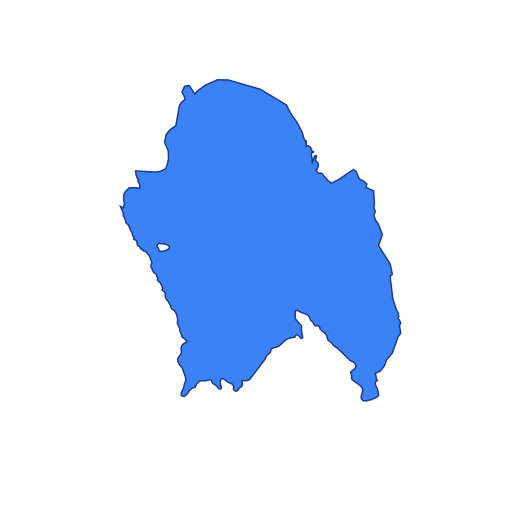 the Region of Almaty, rotated 60°
{"feature_id": "KAZ-3207", "entity_name": "Almaty", "entity_type": "Region", "adm_level": 1, "iso_a3": "KAZ", "parent_name": "Kazakhstan", "parent_adm1": "", "projection": "natural_earth1", "projection_center": [78.658, 44.747], "detail": "fine", "context": "isolated", "style": "filled", "palette": "blue", "viewbox_px": 512, "rotation_deg": 60, "n_neighbors": 0, "source": "natural_earth", "source_scale": "10m", "svg_char_len": 5486}
<svg xmlns="http://www.w3.org/2000/svg" viewBox="0 0 512 512"><g transform="rotate(60 256 256)"><path d="M424.4,213.1L424.2,214.2L425.7,216.3L427.2,216.9L433.4,217.7L437.7,219.3L438.3,220.4L438.6,222.3L438.5,224.4L437.8,229.1L436.6,232.9L434.8,235.7L432.1,236.1L430.1,235.0L426.5,231.4L424.5,230.2L422.5,230.0L420.3,230.5L412.4,234.1L410.3,234.6L408.7,233.9L407.9,233.1L407.2,232.7L404.4,232.3L403.8,231.9L403.6,231.2L403.5,230.0L403.3,228.2L402.6,226.0L401.5,224.4L400.1,224.3L398.4,223.9L396.7,224.6L393.4,226.8L376.9,231.4L373.6,233.1L371.9,233.7L370.0,233.7L365.0,235.5L363.9,235.6L360.5,234.6L358.5,234.6L351.8,236.9L349.0,236.6L348.0,236.7L347.2,237.3L346.5,239.2L345.8,239.8L344.7,239.9L341.7,239.8L338.7,240.8L335.7,240.4L333.9,240.5L332.2,241.2L330.6,242.5L326.5,245.8L324.6,246.7L323.8,247.2L323.2,248.8L324.2,250.1L329.4,253.0L331.3,253.2L338.7,251.7L339.8,251.8L340.6,252.2L342.7,253.7L349.5,256.1L350.1,256.5L350.4,257.2L350.1,257.9L349.5,258.3L346.8,258.8L345.3,259.4L344.5,260.4L344.5,261.0L344.6,261.5L345.4,262.4L345.7,263.0L345.5,263.7L344.9,264.8L343.8,268.8L343.5,270.9L343.6,272.8L345.4,280.5L345.4,282.6L344.3,286.4L344.0,288.4L344.3,289.3L344.9,290.1L346.2,291.3L346.7,292.2L347.0,293.1L347.1,294.1L347.1,295.1L347.5,296.2L348.3,297.5L349.8,299.5L354.8,311.4L359.8,323.3L359.7,325.0L359.1,326.7L357.0,330.3L357.6,331.1L359.2,331.5L360.9,332.3L361.4,333.0L361.7,333.9L361.9,334.9L361.9,336.0L362.1,337.0L363.1,338.6L363.3,339.6L363.1,340.8L362.5,341.5L361.7,342.0L360.8,342.2L359.9,342.0L357.8,340.5L356.0,340.4L354.2,341.2L351.0,343.5L347.3,344.9L345.6,346.0L345.1,347.5L345.8,348.8L347.3,349.9L350.1,351.2L352.1,351.4L352.9,351.9L353.4,352.8L353.2,353.9L352.3,354.5L350.2,354.7L347.0,355.8L346.2,356.4L344.2,357.2L343.5,357.3L342.0,356.9L341.3,356.8L340.6,357.2L339.8,358.6L338.9,361.7L338.2,363.3L336.7,365.5L336.3,366.3L336.2,367.4L336.4,368.3L336.7,369.1L337.1,371.2L337.6,372.0L338.7,373.5L339.2,374.4L339.2,375.1L339.0,375.7L338.5,376.8L338.6,377.4L339.5,381.6L339.8,382.4L340.3,383.2L340.9,384.0L341.7,387.8L341.3,388.9L340.9,389.5L339.2,390.4L337.4,389.3L336.1,387.7L335.0,385.9L333.6,384.2L330.9,381.9L329.3,379.7L328.7,379.0L326.9,377.9L317.6,376.1L315.8,376.0L312.4,376.6L308.4,376.4L306.2,375.5L305.1,374.1L303.2,369.8L301.8,368.5L298.5,367.1L297.0,365.7L296.4,364.7L296.0,363.7L295.7,362.6L295.7,361.4L295.9,359.4L295.6,358.8L294.6,358.6L292.9,358.9L289.6,360.4L288.1,360.3L286.4,359.7L283.7,359.6L280.3,358.3L275.2,357.8L274.5,357.5L273.1,356.4L271.4,355.4L267.2,354.1L264.5,353.8L262.6,353.9L261.7,354.2L260.2,355.2L259.5,355.4L258.6,355.4L256.9,354.8L256.1,354.6L254.2,354.9L252.2,354.8L247.7,355.2L245.9,354.9L243.5,353.6L242.6,353.3L241.6,353.2L240.7,353.3L240.3,353.4L239.6,353.9L238.5,354.3L238.0,354.0L237.7,353.7L237.6,353.3L237.3,353.0L234.5,352.4L231.7,352.3L230.8,352.4L228.6,353.4L228.0,353.4L227.1,353.0L226.4,352.4L225.6,352.0L223.9,352.0L222.8,351.7L222.1,351.6L221.5,351.7L219.7,352.6L218.3,352.9L214.2,352.3L213.5,352.3L212.8,352.3L212.1,352.1L211.5,351.6L210.3,350.1L209.8,349.7L208.4,349.2L203.6,348.5L202.8,348.1L202.0,348.2L200.3,348.9L198.5,348.9L197.7,349.0L196.8,349.5L195.9,350.5L195.6,350.7L195.4,350.7L194.6,350.6L194.3,350.6L194.2,350.8L194.2,351.1L194.0,351.3L192.4,352.1L191.6,352.2L189.7,352.2L188.1,352.9L187.2,353.1L186.1,352.9L184.0,352.0L182.9,351.9L182.1,352.2L180.8,353.3L180.1,353.6L179.7,353.4L179.2,352.5L178.8,352.3L178.3,352.3L177.4,352.6L177.0,352.7L173.4,351.7L169.6,351.7L166.5,351.0L165.4,351.0L162.7,351.9L161.8,351.8L158.5,350.9L156.8,350.7L154.7,350.9L153.3,349.6L145.3,348.6L148.2,346.6L144.7,343.8L139.9,341.9L136.3,339.2L135.1,337.2L134.6,335.9L134.2,334.2L133.6,331.8L136.3,326.6L139.2,322.8L135.7,320.9L131.9,320.9L130.6,319.3L129.0,319.9L125.6,319.2L122.1,317.8L133.0,301.2L134.9,296.5L135.3,290.6L132.1,286.8L128.0,283.1L121.0,279.4L111.9,278.3L105.8,273.0L103.7,267.6L103.1,260.3L87.4,247.0L85.6,243.6L85.0,239.0L81.0,238.2L76.9,238.1L73.4,233.1L74.9,228.6L85.2,228.0L84.2,225.5L83.6,222.7L82.8,214.1L84.1,201.4L89.6,192.1L113.8,168.9L140.3,154.2L149.9,154.7L160.6,153.7L171.5,154.1L178.3,155.8L180.5,155.5L180.9,156.0L181.3,156.1L181.6,155.1L185.0,156.9L185.8,157.6L186.2,157.7L186.4,157.1L186.4,156.3L186.4,156.0L186.6,155.8L186.9,155.5L187.4,155.2L189.4,154.4L189.9,154.5L192.0,154.9L192.9,154.9L193.7,154.7L194.5,154.0L194.8,154.4L194.8,155.0L194.7,155.4L194.2,155.8L194.8,156.7L195.9,157.4L199.7,158.8L202.1,160.1L203.2,160.5L202.2,159.1L200.5,157.4L199.0,155.6L198.8,154.0L199.4,153.6L200.2,154.1L202.3,156.3L202.6,156.5L203.1,156.5L203.6,156.5L204.7,156.2L206.7,155.9L208.5,156.5L210.0,157.8L211.4,159.7L211.5,160.1L211.3,160.5L211.4,160.8L212.0,161.1L212.4,161.2L215.2,160.5L215.8,159.9L216.2,159.1L216.7,158.3L217.6,157.8L218.5,157.4L221.9,157.1L224.9,156.2L226.1,156.3L226.9,155.8L230.6,154.4L231.1,147.1L229.9,128.4L233.0,127.0L241.0,128.1L245.0,125.4L249.0,124.0L251.6,126.4L258.4,121.6L270.1,127.4L273.3,129.9L277.2,130.5L280.0,133.9L285.9,134.5L289.9,134.1L300.7,135.9L308.2,144.7L329.9,143.8L340.1,147.1L340.3,149.5L343.5,151.3L361.2,158.8L372.5,161.3L377.1,161.5L379.9,162.8L381.0,164.1L385.7,163.9L387.2,164.9L387.4,166.3L395.2,169.3L397.1,173.5L408.2,186.4L411.2,194.8L415.4,199.9L417.8,206.0L417.3,211.3L423.5,213.4L424.4,213.1L424.4,213.1ZM203.1,337.4L204.8,335.7L206.0,332.3L206.2,327.5L204.6,326.3L202.2,327.0L200.7,328.3L199.2,330.0L197.9,332.2L196.7,333.2L196.7,335.7L198.2,336.9L200.8,336.7L203.1,337.4Z" fill="#3b82f6" stroke="#1e3a8a" stroke-width="1.5"/></g></svg>